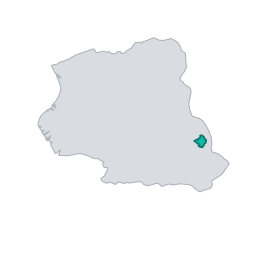 Bursari, Yobe, Nigeria (highlighted), rotated 67°
{"feature_id": "59680162B10627743467335", "entity_name": "Bursari", "entity_type": "district", "adm_level": 2, "iso_a3": "NGA", "parent_name": "Nigeria", "parent_adm1": "Yobe", "projection": "natural_earth1", "projection_center": [11.571, 12.686], "detail": "fine", "context": "in_parent", "style": "filled", "palette": "teal", "viewbox_px": 256, "rotation_deg": 67, "n_neighbors": 0, "source": "geoboundaries", "source_scale": "gbopen_adm2", "svg_char_len": 5306}
<svg xmlns="http://www.w3.org/2000/svg" viewBox="0 0 256 256"><g transform="rotate(67 128 128)"><path d="M200.6,49.0L207.3,59.7L208.8,67.7L209.3,71.6L210.4,72.0L212.5,72.2L214.0,73.0L214.9,74.3L215.5,75.5L215.6,76.3L215.2,81.0L214.7,82.8L215.0,85.1L214.9,86.1L214.7,86.8L213.7,87.6L212.5,88.4L209.4,90.6L208.6,91.0L207.3,91.0L206.2,91.6L204.9,92.8L202.1,97.4L199.7,101.9L197.9,109.3L195.8,111.6L195.4,113.7L195.1,118.3L194.8,119.7L194.4,120.1L192.2,121.0L190.8,122.1L190.0,124.2L189.0,131.3L188.7,132.4L187.9,133.7L186.8,135.0L185.8,135.7L183.1,136.2L180.6,141.6L180.6,142.5L179.5,147.4L177.6,151.0L177.4,153.4L175.0,156.6L173.8,158.8L175.1,161.1L175.2,161.5L171.0,165.3L170.8,165.9L170.6,168.6L170.3,169.3L169.5,170.3L168.4,171.4L167.3,172.2L166.0,172.8L164.8,173.0L164.1,172.7L163.7,171.9L163.0,168.6L162.6,167.9L161.8,167.3L158.7,163.6L156.7,162.4L156.3,162.5L156.0,162.8L155.4,164.6L154.9,165.3L153.9,165.5L152.1,165.5L150.8,165.3L150.5,164.9L149.9,163.5L146.0,166.8L144.6,167.5L142.8,171.4L140.3,173.4L138.6,175.0L134.0,180.3L133.0,181.9L132.1,184.2L130.1,194.2L127.0,200.4L126.5,201.7L126.3,201.7L125.9,202.2L124.7,201.9L124.1,200.7L123.4,200.5L122.1,198.8L121.8,199.1L123.2,203.4L122.7,205.1L118.8,205.1L115.4,205.7L113.1,205.6L111.9,205.0L111.4,203.4L111.2,203.6L111.1,204.5L110.4,205.1L107.8,205.3L106.7,204.2L105.7,202.9L104.8,202.4L104.9,202.9L106.0,204.1L105.9,205.8L103.8,207.8L102.5,207.9L101.7,207.1L101.3,205.7L101.0,203.6L100.5,202.2L100.2,202.2L100.6,204.5L100.6,206.6L101.6,208.2L100.0,208.7L98.2,208.8L98.0,208.2L97.8,206.8L97.4,206.5L97.1,208.8L93.3,209.4L92.8,209.3L92.7,208.9L93.0,208.3L92.9,207.2L92.1,208.0L91.9,209.6L91.4,209.9L90.0,209.6L88.5,208.8L85.9,206.8L82.8,203.6L82.3,202.1L81.5,200.3L79.9,195.3L80.1,195.1L80.9,195.4L81.2,194.9L79.9,194.6L79.7,194.2L79.6,193.1L79.6,191.8L81.6,191.1L82.1,190.3L82.3,189.5L79.9,190.7L77.6,189.3L77.2,188.4L77.4,187.8L80.0,187.8L81.0,187.1L80.4,186.9L79.4,186.9L79.0,186.5L79.1,185.5L78.7,185.7L78.3,186.6L76.8,187.3L75.9,186.6L75.8,185.1L75.6,184.5L74.9,183.9L72.2,180.0L68.9,176.8L65.9,174.6L61.4,173.5L52.0,173.5L51.5,173.2L52.1,172.7L52.9,172.4L55.9,170.5L55.4,170.3L52.3,171.4L51.2,171.5L49.8,173.7L40.6,174.2L40.6,173.2L41.0,170.3L41.6,168.4L41.0,166.0L40.8,163.8L41.2,163.1L41.3,162.3L41.3,156.7L41.8,155.9L41.8,155.3L40.8,152.9L40.9,151.1L40.7,149.3L40.4,148.5L40.8,141.7L40.7,140.0L41.0,138.9L41.2,135.9L41.2,133.0L41.8,128.5L45.8,127.9L46.7,126.1L47.3,123.9L47.2,121.6L48.4,119.7L50.0,117.9L50.0,116.0L50.4,115.5L51.1,115.0L52.2,114.8L53.4,113.8L54.0,112.2L54.7,109.5L53.7,107.7L53.7,107.3L54.1,106.3L54.7,105.3L55.2,105.0L56.4,105.2L56.8,104.8L57.5,101.9L57.5,101.1L56.4,99.1L55.8,93.8L55.5,93.1L54.7,92.2L52.5,88.4L52.6,86.7L53.5,84.4L54.1,83.3L55.0,82.7L55.2,82.2L54.9,81.5L54.5,81.1L54.4,80.1L54.8,78.6L54.7,77.1L55.0,69.1L56.8,67.5L59.4,64.9L60.8,62.2L61.5,60.1L62.5,53.2L63.8,52.5L66.5,50.0L70.0,48.5L72.4,48.1L76.4,48.4L78.5,48.1L80.2,46.8L81.0,46.4L82.1,46.1L92.2,49.7L93.2,49.6L93.9,49.8L95.2,50.7L98.1,54.1L101.2,59.2L102.2,60.3L103.2,60.9L104.2,61.1L104.9,61.0L105.6,60.6L106.6,59.6L108.1,59.1L109.3,59.2L115.6,55.3L116.3,55.2L120.1,56.1L125.4,60.0L129.7,62.6L132.7,63.5L136.3,64.1L142.3,64.3L146.9,58.7L148.6,57.5L150.6,56.4L154.9,55.4L162.0,54.7L168.6,55.0L172.7,56.0L177.0,57.8L178.9,59.5L181.8,59.8L183.9,59.4L184.6,57.7L186.7,55.5L189.9,53.4L192.5,51.9L194.6,51.3L196.5,49.6L198.0,49.1L200.6,49.0ZM108.0,207.5L106.6,208.0L105.7,207.9L107.0,205.6L107.6,206.1L108.4,206.3L108.0,207.5Z" fill="#d9dde1" stroke="#a8b0b8" stroke-width="1"/><path d="M167.1,71.5L167.2,71.3L167.3,71.2L167.6,71.0L167.9,70.9L168.2,70.7L168.5,70.5L169.0,70.5L169.2,70.4L169.4,70.2L169.5,70.0L169.6,69.9L169.6,70.0L169.8,70.0L169.7,70.0L169.7,69.9L169.8,69.9L170.0,69.8L169.9,69.7L169.9,69.8L169.9,69.7L170.0,69.7L170.3,69.6L170.5,69.7L170.4,69.8L170.5,69.8L170.7,69.7L170.8,69.7L170.8,69.8L170.9,70.0L170.9,69.9L171.0,69.9L171.1,69.7L171.3,69.6L171.5,69.5L171.9,69.4L171.9,69.5L172.0,69.6L172.0,69.4L172.1,69.5L172.3,69.6L172.5,69.7L172.8,69.5L172.7,69.6L172.8,69.7L173.0,69.5L173.0,69.4L173.3,69.4L173.5,69.2L173.7,68.9L173.8,68.9L173.9,68.7L174.0,68.7L174.2,68.4L174.1,68.2L174.3,68.0L174.3,67.9L174.2,67.8L174.3,67.8L174.4,67.7L174.4,67.4L174.5,67.3L174.4,67.3L174.4,67.2L174.4,66.9L174.2,66.8L174.2,66.7L174.3,66.5L174.3,66.4L174.3,66.2L174.0,65.9L173.8,65.7L174.0,65.5L174.1,65.4L173.8,65.0L173.7,64.8L173.4,64.7L173.0,64.6L172.8,64.4L172.6,64.2L172.2,63.5L172.4,63.4L172.5,63.3L172.5,63.2L172.4,62.8L172.4,62.6L172.2,62.4L171.8,62.2L171.6,62.1L171.1,62.0L171.1,61.4L170.7,61.1L170.3,61.0L170.2,60.9L169.3,60.6L169.1,60.7L168.9,60.9L168.9,61.3L167.8,61.5L167.1,61.7L166.9,61.6L166.6,61.5L166.3,61.9L165.9,61.5L165.6,61.6L165.6,62.0L165.0,62.1L164.9,62.0L164.5,62.1L164.4,62.2L164.1,62.3L163.9,62.4L163.7,62.7L163.6,62.8L163.6,63.0L163.7,63.3L163.8,63.3L163.8,63.2L163.8,63.3L163.8,63.5L163.7,63.7L163.1,63.9L163.1,64.0L163.1,64.3L163.2,64.7L163.4,64.7L164.1,64.4L164.2,64.5L164.7,64.9L164.6,65.2L164.8,65.3L164.7,65.3L164.6,65.5L164.9,65.8L165.0,65.8L164.9,66.2L165.2,66.7L165.2,66.8L165.3,66.8L165.4,67.7L166.2,67.8L166.4,67.9L166.3,68.2L166.1,69.4L165.4,69.3L165.4,69.6L165.3,70.1L165.5,70.4L165.7,71.1L165.7,71.6L165.8,72.2L166.6,71.7L166.8,71.6L167.0,71.6L167.1,71.5Z" fill="#14b8a6" stroke="#0f766e" stroke-width="1.5"/></g></svg>